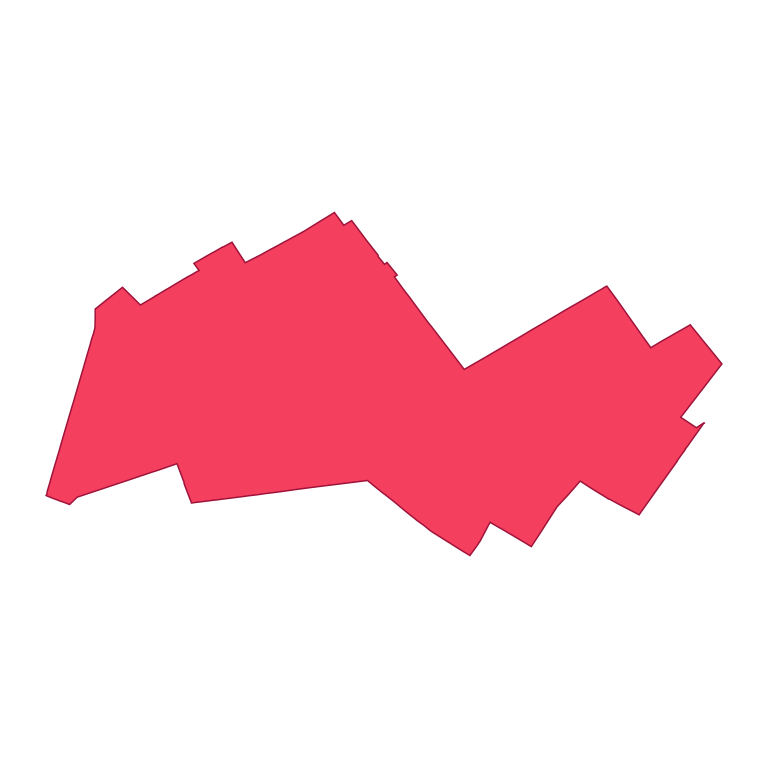 Glodeanu-Silistea, Buzau, Romania
{"feature_id": "2599482B12439235615588", "entity_name": "Glodeanu-Silistea", "entity_type": "district", "adm_level": 2, "iso_a3": "ROU", "parent_name": "Romania", "parent_adm1": "Buzau", "projection": "robinson", "projection_center": [26.776, 44.841], "detail": "fine", "context": "isolated", "style": "filled", "palette": "rose", "viewbox_px": 768, "rotation_deg": 0, "n_neighbors": 0, "source": "geoboundaries", "source_scale": "gbopen_adm2", "svg_char_len": 3839}
<svg xmlns="http://www.w3.org/2000/svg" viewBox="0 0 768 768"><path d="M69.6,504.5L76.3,498.0L77.1,497.2L81.9,495.6L88.4,493.4L89.7,493.0L98.4,490.1L110.1,486.2L131.4,479.1L150.6,472.6L158.5,470.1L166.5,467.3L177.0,463.7L183.9,481.9L184.3,484.2L184.6,485.0L187.9,493.7L190.4,500.1L190.9,501.3L191.5,502.9L191.5,503.0L194.6,502.6L195.8,502.4L203.4,501.5L212.1,500.4L213.9,500.2L219.0,499.6L223.4,499.0L230.1,498.2L234.7,497.6L243.5,496.5L248.3,495.8L256.9,494.8L259.9,494.4L266.6,493.4L267.5,493.3L272.9,492.7L283.3,491.3L294.5,489.7L312.7,487.3L341.8,483.7L354.7,482.1L367.5,480.5L371.4,483.7L372.9,485.0L383.7,493.7L384.0,493.8L392.8,500.7L395.6,503.0L397.5,504.5L399.7,506.4L403.6,509.7L408.5,513.7L413.1,517.3L416.9,520.4L420.1,522.7L423.3,525.0L424.0,525.5L426.8,527.8L429.2,529.8L430.1,530.5L432.4,532.1L432.8,532.4L463.7,551.8L468.6,554.7L469.3,555.1L469.9,555.5L471.2,553.7L475.3,548.1L476.8,546.0L479.9,541.4L480.3,540.8L487.9,526.3L488.3,525.5L490.1,522.3L490.9,522.8L499.7,527.9L502.0,529.1L502.2,529.3L504.6,530.7L510.5,534.2L521.1,540.5L531.3,546.6L541.6,530.9L550.5,517.0L557.0,506.9L558.5,505.2L563.1,500.3L567.3,495.8L571.5,491.0L573.5,488.8L577.1,484.6L580.2,481.1L580.8,481.5L581.3,481.8L589.9,487.4L591.9,488.7L599.7,493.5L605.6,497.1L608.0,498.7L608.7,499.1L609.1,498.9L610.2,499.5L610.7,499.8L614.5,501.9L620.4,505.1L625.0,507.5L639.1,514.8L645.7,505.4L652.4,496.0L657.4,488.9L663.9,479.8L667.7,474.5L673.7,466.1L677.1,461.4L677.3,460.9L677.2,460.8L677.6,460.3L680.5,456.1L684.4,450.8L685.7,448.8L685.5,448.5L686.5,447.5L687.7,446.0L690.4,442.1L695.1,435.5L699.4,429.4L703.5,423.6L704.3,423.1L704.0,422.8L696.4,427.7L680.7,417.3L685.1,411.7L699.2,393.4L705.0,385.9L711.8,377.0L721.9,363.9L712.7,352.5L702.5,340.0L698.4,334.9L696.2,332.2L694.7,330.4L693.5,328.8L692.3,327.4L692.1,327.1L690.9,325.7L690.7,325.4L690.3,324.8L683.9,328.5L677.5,332.1L675.4,333.3L669.0,337.0L662.6,340.6L650.8,347.7L647.2,342.7L640.8,333.8L640.0,332.6L635.7,326.5L628.7,316.6L620.8,305.3L615.2,297.5L606.8,286.1L604.7,287.2L600.8,289.6L596.7,291.9L595.7,292.5L592.2,294.6L583.1,299.9L578.6,302.5L566.8,309.2L556.4,315.4L546.3,321.4L531.1,330.2L527.5,332.4L526.0,333.3L522.7,335.3L517.9,338.1L510.9,342.2L508.5,343.6L503.5,346.6L498.4,349.6L483.4,358.4L475.5,362.9L472.3,364.8L464.2,369.4L450.6,351.5L436.5,333.1L431.5,326.6L428.0,322.3L427.6,321.8L418.9,310.0L411.2,299.5L411.0,299.3L410.4,298.4L408.5,295.9L404.3,290.5L398.9,283.1L394.4,276.8L397.2,275.1L387.0,262.5L384.5,264.3L380.4,259.3L377.9,256.2L378.2,255.3L367.6,241.8L357.4,228.2L352.8,222.1L351.8,220.8L351.7,220.6L349.3,222.0L343.8,225.3L343.5,224.9L342.5,223.5L334.4,212.5L322.3,219.9L313.9,225.1L304.6,230.9L275.8,246.6L270.7,249.3L267.0,251.3L264.7,252.6L261.9,254.2L247.0,261.8L245.2,262.7L243.8,260.5L240.4,255.3L237.5,250.8L234.2,245.6L232.7,243.4L232.0,242.2L222.5,247.3L222.3,247.1L220.2,248.4L215.7,251.0L211.6,253.2L207.0,255.8L193.9,263.4L197.9,268.9L199.1,270.5L198.5,270.8L197.4,271.3L194.5,273.0L191.7,274.7L188.4,276.4L187.3,277.0L186.0,277.8L183.9,279.0L182.2,280.0L180.6,281.0L175.0,284.3L168.1,288.5L165.2,290.1L164.6,290.5L159.0,293.9L155.4,295.9L155.5,296.0L149.5,299.6L140.4,305.0L122.5,287.3L104.7,301.4L96.0,308.4L95.8,308.5L95.2,309.1L95.2,316.3L95.0,326.8L94.7,328.6L94.2,330.8L93.4,333.8L92.4,336.7L91.4,339.9L90.1,344.7L88.6,349.9L87.3,354.1L86.0,358.7L83.2,368.5L82.4,371.2L81.2,375.3L78.6,384.2L75.1,396.2L73.7,401.1L72.0,406.6L70.3,412.4L70.1,413.0L63.1,436.9L60.3,446.6L59.3,450.3L58.4,453.3L57.3,456.8L56.7,459.1L56.1,460.9L54.6,466.0L53.0,471.4L51.5,476.6L49.3,484.4L48.1,488.4L47.2,491.4L47.1,492.2L47.1,492.6L46.7,494.4L46.1,495.5L46.3,495.6L47.8,496.3L49.6,497.0L53.7,498.6L56.0,499.5L56.7,499.7L58.1,500.3L60.8,501.3L61.5,501.5L62.1,501.7L66.8,503.4L67.0,503.5L68.8,504.2L69.6,504.5Z" fill="#f43f5e" stroke="#9f1239" stroke-width="1.5"/></svg>